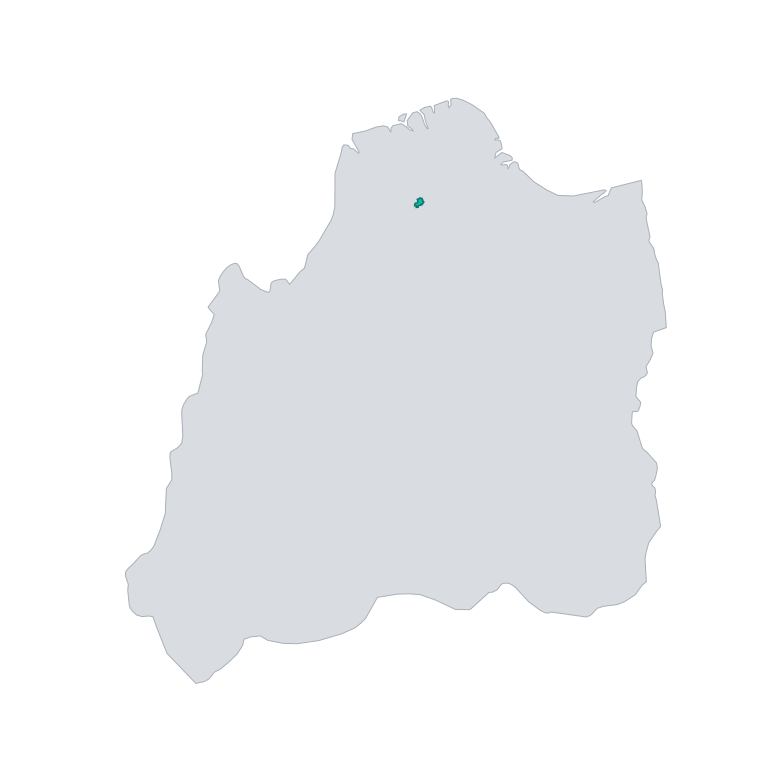 location of Orumba South, Anambra, Nigeria, rotated 169°
{"feature_id": "59680162B16963737840115", "entity_name": "Orumba South", "entity_type": "district", "adm_level": 2, "iso_a3": "NGA", "parent_name": "Nigeria", "parent_adm1": "Anambra", "projection": "robinson", "projection_center": [7.202, 6.0], "detail": "fine", "context": "in_parent", "style": "filled", "palette": "teal", "viewbox_px": 768, "rotation_deg": 169, "n_neighbors": 0, "source": "geoboundaries", "source_scale": "gbopen_adm2", "svg_char_len": 5193}
<svg xmlns="http://www.w3.org/2000/svg" viewBox="0 0 768 768"><g transform="rotate(169 384 384)"><path d="M625.8,126.0L648.4,160.9L653.3,186.9L655.2,199.6L658.9,201.1L665.8,201.8L670.9,204.4L674.0,208.6L675.9,212.6L676.3,215.0L674.9,230.5L673.2,236.1L674.3,243.8L674.0,247.1L673.2,249.3L670.1,251.9L665.9,254.4L655.8,261.8L652.9,262.9L648.7,263.1L645.0,264.9L640.7,268.9L631.4,283.8L623.4,298.7L617.6,322.9L610.6,330.4L609.3,337.1L608.3,352.2L607.2,356.8L606.1,358.1L598.4,361.0L594.0,364.4L591.4,371.3L588.1,394.5L586.9,398.3L584.4,402.4L580.5,406.7L577.2,409.1L568.4,410.7L560.1,428.2L560.0,431.2L556.3,447.1L550.0,459.1L549.5,466.8L541.5,477.3L537.4,484.5L541.7,491.9L542.0,493.1L528.2,505.8L527.4,507.7L526.9,516.5L525.8,518.9L523.2,522.1L519.5,525.6L515.8,528.3L511.5,530.3L507.3,531.0L505.0,529.9L503.7,527.2L501.4,516.5L500.2,514.2L497.5,512.1L486.9,500.3L480.4,496.1L479.0,496.4L478.0,497.5L476.1,503.5L474.3,505.7L471.0,506.4L465.1,506.5L460.8,505.7L459.8,504.5L457.7,499.8L444.5,510.6L439.9,513.0L434.0,525.7L425.7,532.0L419.9,537.5L404.6,554.9L401.5,559.9L398.4,567.6L391.9,600.1L381.3,620.4L379.8,624.7L379.3,624.6L377.8,626.4L373.7,625.2L371.9,621.5L369.3,620.8L364.9,615.3L364.0,616.2L368.7,630.2L366.9,635.7L353.9,635.9L342.7,637.7L335.0,637.5L331.2,635.5L329.5,630.3L328.8,630.8L328.4,633.7L326.0,635.9L317.3,636.3L313.5,632.7L310.4,628.7L307.1,626.9L307.6,628.6L311.4,632.5L311.0,638.1L304.0,644.7L299.6,645.0L296.9,642.2L295.5,637.6L294.7,630.8L292.9,626.4L291.9,626.4L293.1,633.8L293.2,640.7L296.5,646.0L291.4,647.7L285.3,647.8L284.5,645.9L283.8,641.4L282.7,640.3L281.5,647.8L268.9,649.9L267.2,649.6L266.8,648.2L267.7,646.1L267.5,642.7L264.8,645.3L264.3,650.5L262.7,651.3L258.0,650.6L252.8,647.9L244.3,641.4L233.9,630.7L232.3,625.9L229.3,620.1L223.9,603.9L224.9,603.2L227.3,604.0L228.5,602.5L224.2,601.4L223.3,600.2L223.0,596.6L223.2,592.3L229.7,590.0L231.2,587.3L232.1,584.7L224.0,588.7L216.5,584.1L214.9,581.3L215.7,579.2L224.4,579.1L227.5,577.0L225.6,576.3L222.3,576.3L221.1,575.0L221.2,571.7L220.1,572.4L218.7,575.3L213.6,577.5L210.6,575.3L210.3,570.5L209.7,568.3L207.2,566.6L198.3,553.9L187.1,543.3L177.2,535.9L162.2,532.4L130.8,532.6L129.1,531.6L131.0,529.9L133.8,528.8L143.9,522.8L142.2,522.0L131.7,525.7L128.1,526.1L123.4,533.2L92.5,534.8L92.6,531.5L94.0,522.2L95.9,515.7L93.8,507.8L93.3,500.7L94.6,498.5L95.1,495.8L94.8,477.6L96.5,474.9L96.5,473.1L93.3,465.3L93.4,459.3L92.8,453.6L91.7,450.9L93.0,428.7L92.6,423.2L93.6,419.3L94.2,409.7L94.2,400.3L96.2,385.5L109.5,383.5L112.7,377.7L114.6,370.3L114.0,363.0L118.3,356.7L123.5,351.0L123.3,344.8L124.8,342.9L127.2,341.5L130.8,340.7L134.7,337.6L136.9,332.2L139.1,323.5L135.7,317.5L135.8,316.2L137.1,312.9L139.2,309.7L140.8,308.6L144.6,309.5L145.9,308.2L148.4,298.6L148.2,296.0L144.6,289.6L142.7,272.3L141.7,270.0L138.9,266.9L131.6,254.7L131.7,248.9L134.9,241.5L136.9,237.9L139.7,236.0L140.3,234.3L139.5,232.2L138.1,230.6L137.7,227.3L139.2,222.7L138.8,217.6L139.6,191.5L145.6,186.3L154.3,177.8L158.8,168.9L161.2,162.2L164.2,139.8L168.8,137.4L177.6,129.2L189.5,124.4L197.2,123.0L210.8,123.9L217.6,123.1L223.5,118.7L226.1,117.4L229.9,116.7L263.6,128.3L266.7,127.8L269.3,128.6L273.5,131.7L283.4,142.5L293.9,159.3L297.1,162.9L300.4,164.8L303.7,165.5L306.2,165.3L308.6,163.7L311.9,160.5L316.8,159.0L320.9,159.3L341.9,146.5L344.0,146.3L356.9,149.1L374.5,162.0L388.9,170.4L399.1,173.2L411.0,175.2L431.2,175.8L446.5,157.8L452.1,153.8L458.9,150.2L473.1,146.9L496.7,144.6L518.8,145.6L532.6,148.7L547.1,154.6L553.4,160.3L563.2,161.2L570.2,160.1L572.5,154.5L579.5,147.1L590.1,140.3L598.7,135.5L605.7,133.4L612.1,127.9L617.1,126.2L625.8,126.0ZM318.2,643.5L313.4,645.2L310.3,644.8L314.5,637.4L316.7,639.0L319.5,639.7L318.2,643.5Z" fill="#d9dde1" stroke="#a8b0b8" stroke-width="1"/><path d="M316.7,551.0L316.4,552.3L315.8,552.5L315.4,552.6L314.9,552.5L314.4,552.5L314.1,552.7L313.9,552.6L313.7,552.6L313.4,552.7L313.4,552.8L313.3,553.0L313.2,553.0L313.1,552.9L313.0,552.7L312.9,552.7L312.9,552.8L312.8,552.7L312.7,552.7L312.6,552.8L312.6,553.0L312.6,553.3L312.6,553.6L312.4,553.6L312.2,553.3L312.2,553.2L312.1,553.3L311.9,553.4L311.8,553.5L311.7,553.5L311.4,553.8L311.2,554.0L310.9,554.2L310.8,554.3L310.7,554.3L310.5,554.5L310.5,554.8L310.2,555.1L310.3,555.2L310.4,555.4L310.5,555.6L310.6,555.8L310.8,555.9L310.9,556.0L311.0,556.0L310.9,556.3L310.9,556.6L310.9,556.9L310.9,557.3L311.0,557.3L311.3,557.4L311.3,557.5L311.3,557.8L311.3,558.0L311.2,558.0L311.1,558.3L311.2,558.6L311.3,558.5L311.5,558.7L311.6,558.8L311.8,559.0L312.0,559.1L312.1,559.3L312.3,559.4L312.5,559.3L312.7,559.2L312.8,559.2L312.9,559.4L313.3,559.8L313.5,559.6L313.7,559.4L313.8,559.3L313.9,559.2L314.0,559.2L314.3,559.1L314.5,559.1L314.8,559.1L315.0,559.1L315.4,559.2L315.6,559.2L315.8,559.1L316.0,559.0L316.1,558.9L316.2,558.7L316.1,558.4L316.0,558.1L315.9,557.5L315.9,557.4L316.1,556.6L316.3,555.8L316.8,555.5L317.3,555.4L317.5,555.4L317.8,555.4L318.2,555.5L318.9,555.4L319.0,555.4L319.2,555.1L319.5,554.4L319.7,553.6L320.0,553.3L320.0,553.0L319.5,553.0L318.6,552.8L318.3,552.8L318.2,552.8L318.1,552.7L318.0,552.4L318.0,552.2L318.1,551.9L318.1,551.7L318.3,551.4L318.5,551.2L317.4,551.0L316.7,551.0Z" fill="#14b8a6" stroke="#0f766e" stroke-width="1.5"/></g></svg>